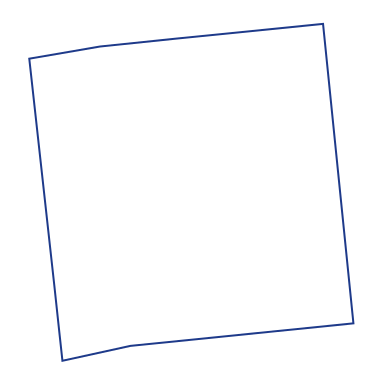 Madison, Iowa, United States of America, rotated 174°
{"feature_id": "52423323B39723514733384", "entity_name": "Madison", "entity_type": "district", "adm_level": 2, "iso_a3": "USA", "parent_name": "United States of America", "parent_adm1": "Iowa", "projection": "orthographic", "projection_center": [-93.933, 41.334], "detail": "fine", "context": "isolated", "style": "outline", "palette": "blue", "viewbox_px": 384, "rotation_deg": 174, "n_neighbors": 0, "source": "geoboundaries", "source_scale": "gbopen_adm2", "svg_char_len": 292}
<svg xmlns="http://www.w3.org/2000/svg" viewBox="0 0 384 384"><g transform="rotate(174 192 192)"><path d="M192.8,346.2L268.3,346.3L339.9,341.6L339.1,189.4L338.7,113.0L338.6,65.8L338.5,37.7L269.4,45.4L45.2,44.5L44.1,345.5L192.8,346.2Z" fill="none" stroke="#1e3a8a" stroke-width="2"/></g></svg>